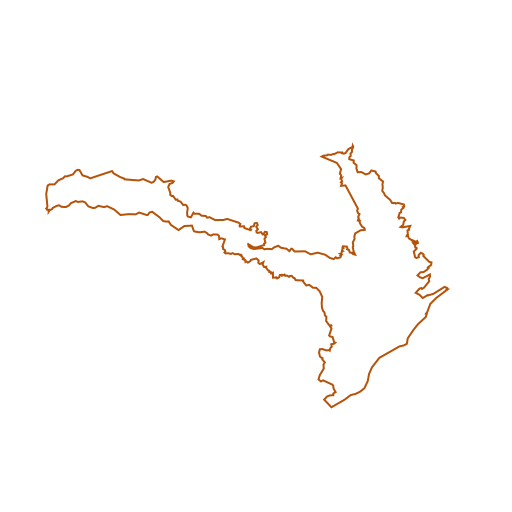 Rioviejo, Bolívar, Colombia, rotated 58°
{"feature_id": "7082276B23720566287861", "entity_name": "Rioviejo", "entity_type": "district", "adm_level": 2, "iso_a3": "COL", "parent_name": "Colombia", "parent_adm1": "Bolívar", "projection": "natural_earth1", "projection_center": [-74.045, 8.431], "detail": "fine", "context": "isolated", "style": "outline", "palette": "amber", "viewbox_px": 512, "rotation_deg": 58, "n_neighbors": 0, "source": "geoboundaries", "source_scale": "gbopen_adm2", "svg_char_len": 6151}
<svg xmlns="http://www.w3.org/2000/svg" viewBox="0 0 512 512"><g transform="rotate(58 256 256)"><path d="M348.4,231.0L354.3,230.5L354.5,229.0L355.0,229.0L354.9,230.5L357.5,230.4L362.2,236.1L363.5,235.8L365.2,234.0L370.5,235.4L371.5,234.7L371.7,236.5L370.7,238.9L373.1,239.9L373.5,241.8L375.3,243.6L374.5,243.8L373.5,246.2L370.0,249.1L368.9,251.3L371.3,253.7L374.7,254.9L376.0,254.9L377.9,253.7L378.9,254.6L382.7,254.0L383.9,256.4L387.3,258.1L390.8,265.0L393.8,268.4L396.8,267.4L397.0,265.0L405.4,259.5L406.8,259.2L409.6,260.5L413.6,260.6L413.6,263.3L415.0,264.2L413.3,267.4L412.8,270.1L413.9,274.3L424.2,272.2L424.8,256.8L424.1,249.3L425.7,244.7L426.2,239.6L425.6,234.2L421.2,227.4L415.9,222.6L411.9,216.7L407.7,205.3L408.7,182.3L410.2,177.9L410.4,174.6L406.2,170.9L402.2,161.9L399.7,154.9L397.7,144.4L395.6,141.9L395.0,142.4L394.3,140.5L389.0,133.6L387.1,125.5L385.8,110.9L384.9,111.7L384.4,110.9L382.1,112.4L382.1,125.5L380.6,131.0L380.1,131.1L380.0,136.9L375.5,137.9L371.9,140.1L370.3,134.8L370.8,132.8L371.9,132.7L371.9,130.3L369.2,122.5L367.1,121.8L365.7,119.4L363.8,118.3L363.2,126.4L360.8,128.3L358.0,129.3L357.0,125.1L358.4,122.5L358.3,118.5L357.7,116.0L356.7,116.2L356.4,112.2L354.4,110.6L353.0,112.1L344.6,114.1L343.9,113.1L342.7,113.3L340.6,114.5L341.4,117.6L343.3,118.6L342.6,121.1L341.4,121.7L335.8,119.8L335.0,115.9L334.0,115.5L333.1,116.4L331.2,115.5L330.4,113.7L330.8,111.8L329.8,111.5L328.7,111.4L328.9,112.7L327.1,113.9L328.3,113.9L329.7,115.7L328.6,115.8L328.6,114.8L328.0,114.2L328.2,114.7L327.3,115.4L327.6,116.3L326.2,115.0L322.1,117.0L319.5,116.5L319.0,117.8L318.4,117.2L318.8,116.1L314.6,114.0L314.9,112.3L314.1,112.1L312.2,109.3L309.3,116.7L308.0,118.0L307.6,114.7L305.0,112.3L304.6,110.2L302.0,110.5L299.8,113.4L300.1,114.8L298.7,114.9L295.6,111.4L295.8,109.9L293.7,108.2L293.3,105.5L292.3,105.5L292.6,104.1L290.7,103.3L286.2,107.5L285.5,109.8L284.7,110.0L283.3,112.5L279.4,112.5L272.6,114.6L271.3,114.1L267.6,114.4L265.3,112.3L262.2,110.8L260.2,108.8L255.1,110.6L253.3,109.4L249.1,110.4L247.7,109.8L244.6,112.9L245.9,116.2L245.0,119.7L240.6,122.2L238.8,125.4L235.1,124.5L232.3,122.6L228.5,123.8L226.8,122.5L223.3,125.6L221.7,124.5L221.3,122.6L219.2,121.6L218.6,119.4L216.9,118.5L214.9,115.6L213.8,115.5L214.6,116.1L214.3,121.1L216.1,125.4L215.8,127.2L214.4,128.6L213.9,128.1L211.4,131.8L211.0,135.8L210.4,136.4L210.1,138.6L208.1,141.4L208.2,142.6L206.6,145.8L206.5,147.6L219.9,138.1L227.4,137.8L230.7,141.3L232.8,141.0L234.9,143.1L235.2,141.9L235.6,142.8L238.5,143.5L238.5,144.9L240.0,144.7L241.5,146.7L243.6,142.7L269.8,144.5L271.2,146.3L273.9,146.7L275.2,146.0L277.0,148.7L278.2,148.7L279.9,150.8L280.8,150.0L280.5,149.3L281.2,149.2L281.5,149.9L283.6,150.5L287.4,150.5L289.5,149.3L291.0,149.6L291.5,149.9L289.6,153.7L289.4,159.9L291.6,162.3L293.7,163.3L295.8,166.7L299.1,168.2L300.0,169.4L303.8,170.7L304.3,171.5L305.2,170.9L307.4,171.2L305.5,172.9L303.9,173.2L302.7,174.6L300.1,174.0L298.5,175.2L297.9,174.4L296.2,174.0L293.8,177.2L294.7,178.2L295.7,177.9L295.7,178.9L296.8,180.0L297.6,179.8L297.3,180.4L299.1,182.3L298.8,183.2L299.7,182.7L300.0,183.6L300.4,183.1L300.7,184.1L301.5,184.4L301.8,185.6L300.9,188.5L299.3,189.1L299.8,191.7L296.8,194.4L291.6,196.6L285.9,201.9L283.5,208.8L278.1,211.8L272.6,220.9L269.1,221.5L268.5,222.2L269.6,225.1L266.0,226.3L262.3,230.4L259.1,231.7L258.3,236.0L258.6,238.9L255.7,243.0L254.8,245.3L252.6,246.3L249.0,254.0L246.5,256.3L243.9,257.1L243.6,256.8L242.0,256.5L241.8,256.3L247.5,253.4L249.1,250.8L251.0,243.3L249.8,242.6L249.6,240.9L246.0,239.8L245.1,237.5L243.2,237.6L243.5,235.1L241.4,234.2L240.2,235.6L241.3,237.8L241.2,238.9L238.4,239.1L237.4,242.2L236.4,243.0L234.8,242.4L234.3,240.2L231.3,240.3L230.6,238.1L228.6,237.7L227.5,239.8L229.5,242.2L228.5,244.8L229.5,246.4L231.1,246.2L231.2,246.9L226.2,251.0L224.5,250.4L222.4,254.1L221.7,254.0L220.6,252.3L218.5,253.1L209.2,260.9L208.2,264.5L203.9,271.6L198.5,274.8L197.6,277.1L195.4,277.4L193.0,280.8L190.1,281.8L187.5,285.8L186.1,286.1L188.7,290.7L186.7,292.7L185.4,292.9L182.5,291.3L179.1,288.4L176.4,288.1L174.9,289.0L174.2,290.7L169.9,291.2L167.8,293.0L166.4,292.7L165.8,294.2L161.1,294.5L160.4,295.8L158.6,296.3L157.0,295.2L151.0,293.9L149.1,291.2L149.8,287.9L149.1,286.2L147.2,287.9L144.4,295.1L136.2,297.6L135.9,298.9L137.9,300.9L138.8,303.2L138.6,305.7L130.9,311.0L129.9,315.3L121.3,326.9L120.5,326.7L117.2,329.3L110.4,333.0L107.7,333.1L102.3,355.4L99.8,356.8L95.7,360.4L89.5,360.2L88.5,361.4L88.2,363.7L89.8,368.0L88.2,374.3L87.2,375.8L87.8,378.4L87.1,383.5L88.5,389.0L85.8,393.2L85.9,395.4L92.3,401.1L103.2,406.5L104.5,407.8L104.6,408.7L106.2,408.6L106.9,407.3L108.6,408.4L107.8,406.7L108.2,404.1L107.5,402.9L107.9,398.3L108.6,396.2L111.3,394.8L113.8,391.2L114.0,387.6L113.1,385.1L113.9,379.7L115.8,378.4L117.7,374.2L119.9,372.5L125.0,371.9L128.9,368.9L129.9,366.9L129.9,363.1L134.1,358.9L134.8,355.9L141.5,351.6L149.4,349.2L153.2,341.5L156.9,336.0L157.2,332.1L163.4,326.9L163.8,326.0L162.7,323.2L163.5,320.6L172.0,317.3L177.1,316.2L179.3,313.9L180.3,311.8L184.5,311.7L193.0,307.9L192.6,300.9L196.3,294.2L201.9,295.5L203.0,294.8L206.1,291.1L208.1,286.7L210.9,285.3L212.2,285.3L214.9,283.3L215.0,280.9L217.5,277.2L219.6,276.8L222.2,278.2L222.8,275.8L225.5,273.6L230.2,279.5L230.9,279.2L232.7,280.2L234.2,279.3L235.8,279.5L236.3,280.9L237.6,280.5L239.2,277.7L240.9,276.3L241.2,274.3L243.2,273.1L245.1,269.7L246.7,269.1L247.1,268.4L246.5,267.5L248.4,268.5L249.0,268.0L250.5,268.4L251.5,267.6L251.9,268.7L253.9,267.3L255.3,268.0L255.2,267.2L257.3,266.4L257.3,263.4L256.6,262.3L258.3,257.0L261.2,256.1L262.9,257.6L264.9,257.0L265.1,253.0L266.7,254.9L269.6,255.0L270.5,253.1L271.0,253.7L274.6,253.4L275.5,252.5L276.7,253.2L277.6,251.9L279.6,252.8L278.8,251.9L279.1,250.5L283.4,253.1L284.9,250.0L285.8,250.4L286.3,249.7L286.3,247.5L284.8,245.8L285.3,244.7L285.7,244.0L286.5,244.3L286.9,241.6L288.4,241.7L288.9,240.2L291.2,239.0L290.9,237.9L291.8,236.2L294.5,235.8L295.2,235.0L297.5,235.2L301.8,229.0L302.6,229.6L307.6,229.0L308.6,226.2L313.1,224.5L315.0,221.7L319.8,220.7L325.8,221.5L330.8,225.3L334.9,227.5L338.2,228.2L340.0,227.8L343.0,229.0L344.8,228.5L348.4,231.0Z" fill="none" stroke="#b45309" stroke-width="2"/></g></svg>